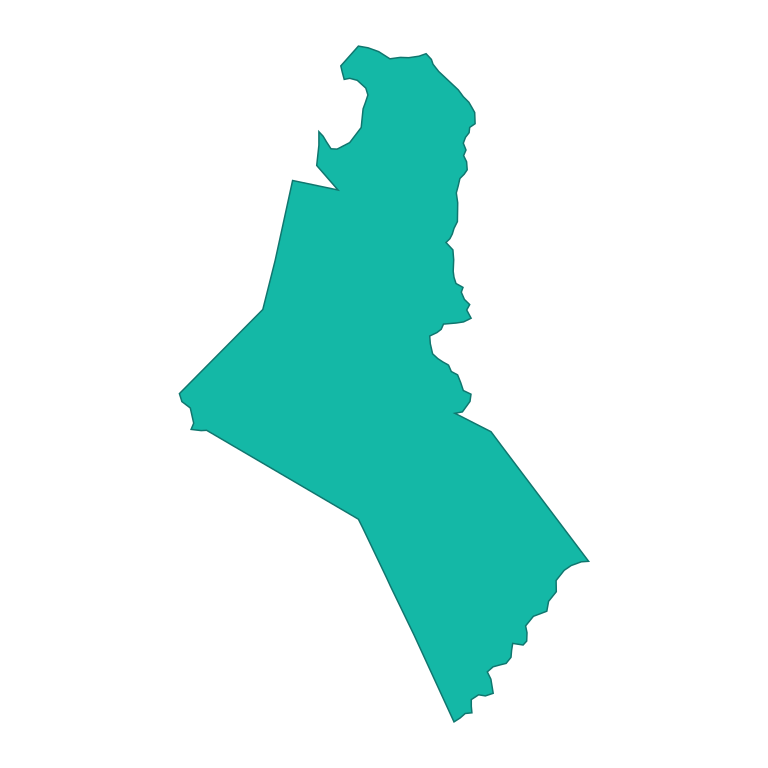 Carnaíba, Pernambuco, Brazil
{"feature_id": "56859067B38312935783523", "entity_name": "Carnaíba", "entity_type": "district", "adm_level": 2, "iso_a3": "BRA", "parent_name": "Brazil", "parent_adm1": "Pernambuco", "projection": "albers", "projection_center": [-37.706, -7.797], "detail": "fine", "context": "isolated", "style": "filled", "palette": "teal", "viewbox_px": 768, "rotation_deg": 0, "n_neighbors": 0, "source": "geoboundaries", "source_scale": "gbopen_adm2", "svg_char_len": 1742}
<svg xmlns="http://www.w3.org/2000/svg" viewBox="0 0 768 768"><path d="M344.2,79.4L349.7,78.3L357.2,80.3L365.8,88.1L367.9,95.0L365.3,102.8L363.1,108.8L361.2,127.5L349.7,142.6L337.1,149.1L331.0,148.8L326.5,141.9L323.1,136.2L318.9,131.7L318.9,145.2L316.7,165.5L338.0,190.0L292.6,180.5L275.1,260.7L262.8,309.5L179.4,393.6L181.9,401.6L190.3,408.0L193.7,423.2L191.1,429.4L201.2,430.6L206.6,430.3L358.4,519.2L362.6,527.6L386.4,577.4L390.3,585.9L414.0,634.9L454.0,721.9L460.1,718.0L465.2,713.5L471.9,712.8L471.3,706.3L471.3,699.6L478.6,694.8L485.4,695.9L493.2,693.3L490.9,679.2L487.3,671.9L493.1,666.8L500.4,664.8L506.1,663.4L511.0,657.3L511.6,650.4L512.7,643.4L523.1,645.0L526.7,641.1L527.0,632.7L525.6,625.9L533.4,616.3L546.8,611.2L548.6,601.3L556.3,591.7L556.1,580.5L564.2,570.3L571.2,565.5L576.5,563.6L581.3,561.8L588.6,561.3L501.6,445.9L491.0,431.7L480.4,426.3L454.9,413.3L462.4,411.9L470.0,401.4L471.0,394.2L463.3,390.5L460.7,382.6L457.6,374.9L451.3,371.5L448.5,365.1L442.8,361.9L437.8,358.6L432.6,353.8L430.3,343.7L429.7,336.0L436.9,332.6L441.2,329.3L443.5,324.1L456.3,323.0L463.6,321.9L471.1,318.2L466.7,310.0L469.7,304.6L464.4,299.4L461.3,292.2L463.0,287.4L456.0,283.5L454.0,277.3L453.2,271.3L453.7,259.8L452.9,249.9L446.0,242.5L449.9,238.7L452.3,234.0L454.0,228.4L457.4,221.6L457.6,209.8L457.7,202.8L456.3,192.9L458.2,185.9L459.9,178.5L464.2,174.2L467.2,169.8L466.6,161.8L463.6,155.6L466.0,150.0L463.3,143.2L465.5,137.3L469.1,132.7L469.7,127.4L475.1,123.7L474.7,112.5L472.2,108.0L468.9,102.3L463.3,96.7L458.3,89.9L446.8,79.1L438.7,71.5L433.0,64.2L431.4,59.4L426.1,53.7L419.0,56.2L408.7,57.7L400.3,57.4L389.9,58.8L378.8,51.7L368.1,47.8L358.4,46.1L340.8,65.9L342.1,71.5L344.2,79.4Z" fill="#14b8a6" stroke="#0f766e" stroke-width="1.5"/></svg>